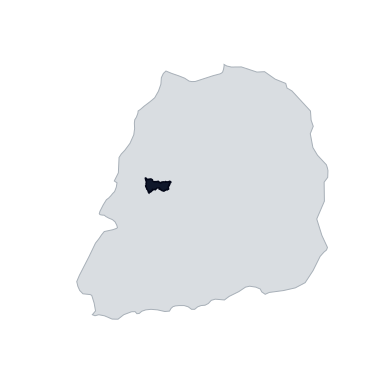 location of Ansina, Tacuarembó, Uruguay, rotated 252°
{"feature_id": "84410073B28214065612775", "entity_name": "Ansina", "entity_type": "district", "adm_level": 2, "iso_a3": "URY", "parent_name": "Uruguay", "parent_adm1": "Tacuarembó", "projection": "natural_earth1", "projection_center": [-55.347, -31.995], "detail": "fine", "context": "in_parent", "style": "filled", "palette": "ink", "viewbox_px": 384, "rotation_deg": 252, "n_neighbors": 0, "source": "geoboundaries", "source_scale": "gbopen_adm2", "svg_char_len": 4722}
<svg xmlns="http://www.w3.org/2000/svg" viewBox="0 0 384 384"><g transform="rotate(252 192 192)"><path d="M303.4,261.9L301.1,264.0L298.7,268.0L295.7,277.6L286.0,290.8L284.0,298.2L273.6,306.0L266.3,314.7L261.5,314.5L257.2,318.3L232.4,329.7L223.6,327.5L217.0,327.6L210.9,322.5L196.9,320.7L188.2,322.7L176.4,328.2L172.9,328.2L170.3,327.9L164.0,325.6L160.5,320.7L142.4,315.1L127.8,302.3L110.6,302.1L97.4,303.7L95.3,302.0L94.0,298.8L91.2,294.0L79.8,282.8L70.8,271.6L68.9,260.6L70.0,248.6L72.6,234.4L72.1,230.0L75.4,227.5L78.7,226.9L81.8,223.3L84.6,217.7L85.0,213.5L82.8,205.8L81.2,194.9L79.3,189.5L82.9,181.0L83.0,176.8L80.9,173.1L80.3,169.4L81.2,165.5L81.0,161.8L79.6,158.3L80.6,155.3L83.9,153.0L86.4,149.5L88.0,144.6L88.8,141.0L88.8,138.4L87.8,136.1L85.7,133.8L86.7,129.3L90.6,122.7L93.1,116.7L94.2,111.5L94.1,107.4L92.8,104.2L93.3,102.0L95.8,100.9L96.8,97.5L96.4,89.2L93.9,82.3L95.8,76.8L101.3,70.5L104.1,65.4L104.3,61.5L106.1,59.3L108.7,63.5L116.6,64.6L124.5,64.7L125.8,63.7L128.9,56.8L133.0,54.8L137.5,54.3L142.4,54.7L147.6,59.2L162.4,74.1L173.2,84.4L176.5,89.3L179.3,92.9L181.5,96.3L180.6,105.1L180.7,109.0L181.2,110.1L183.7,110.2L187.4,109.6L190.4,107.7L192.8,104.9L195.2,102.6L197.1,101.3L197.8,99.4L198.9,97.5L200.0,97.1L202.1,98.5L207.2,103.6L211.1,108.2L212.0,110.9L213.5,113.7L215.1,116.1L216.3,118.5L220.0,121.5L223.9,123.5L226.5,121.5L233.0,127.9L247.4,133.3L250.0,136.5L252.5,141.1L257.5,148.1L264.4,154.3L270.0,157.0L275.4,158.5L278.4,159.9L280.4,162.3L283.7,164.9L285.7,165.8L286.4,168.2L288.5,173.2L290.7,179.6L293.1,185.6L298.3,191.3L304.1,195.7L310.2,198.2L313.6,201.4L315.1,204.6L311.0,209.4L306.5,215.4L302.5,220.2L298.4,223.5L297.1,225.8L296.1,229.3L296.1,248.1L295.7,255.1L296.0,256.9L296.6,258.2L299.1,260.0L302.2,261.6L303.4,261.9Z" fill="#d9dde1" stroke="#a8b0b8" stroke-width="1"/><path d="M204.6,150.6L205.0,150.8L205.4,151.0L205.5,151.3L205.5,151.5L205.4,151.7L205.0,151.8L204.8,151.9L204.8,152.2L204.8,152.5L205.0,152.6L205.4,152.6L205.4,152.8L205.0,153.1L205.1,153.5L205.5,154.0L205.7,154.7L205.9,154.8L206.1,155.0L206.4,154.9L206.6,155.0L206.5,155.4L206.6,155.5L206.4,155.7L206.1,155.8L206.0,156.0L206.1,157.0L205.8,157.3L205.5,157.8L205.8,158.1L206.1,158.3L206.0,159.0L206.3,159.2L206.6,159.9L206.6,160.4L206.4,160.8L206.1,161.3L206.1,161.8L206.1,162.2L206.0,162.3L205.5,162.5L205.0,162.6L204.8,162.6L204.8,162.4L204.8,162.2L204.7,162.0L204.4,162.4L204.3,162.7L204.2,162.8L203.9,162.9L203.9,163.2L203.5,163.3L203.3,163.6L202.8,163.7L202.5,164.3L201.9,164.8L201.5,165.6L201.6,166.0L201.9,166.3L202.1,166.7L201.8,167.0L201.8,167.3L201.9,167.6L202.0,168.0L202.3,168.5L201.9,168.8L201.7,169.0L201.7,169.3L202.0,169.6L201.9,170.2L202.0,170.5L202.3,170.4L202.5,170.6L202.8,170.9L203.3,170.9L203.8,170.8L204.2,171.0L204.6,171.1L204.6,171.5L204.9,171.5L205.2,171.7L205.2,172.2L205.3,172.4L205.6,172.4L205.9,172.4L206.1,172.4L206.3,172.6L206.3,172.9L206.1,173.1L206.3,173.3L206.6,173.3L207.0,173.4L207.3,173.6L207.3,174.3L207.6,174.7L207.8,174.9L208.2,174.9L208.4,174.9L208.5,174.8L208.6,174.5L208.9,174.3L209.1,174.1L209.1,173.7L208.8,173.5L208.7,173.3L208.8,173.1L209.0,172.9L208.9,172.6L209.0,172.4L209.1,172.2L209.0,171.8L209.1,171.7L209.3,171.5L209.5,171.3L209.5,171.0L209.3,170.9L209.3,170.5L209.3,170.3L210.0,170.1L209.9,169.8L210.0,169.3L210.1,169.0L210.0,168.8L210.2,168.2L210.4,168.0L210.6,167.8L210.6,167.5L210.5,167.0L210.4,166.7L210.8,166.5L210.7,166.3L210.3,165.6L210.3,165.1L210.4,164.7L210.6,164.7L210.8,164.6L211.1,164.5L211.1,164.4L211.2,164.2L211.4,164.0L211.3,163.6L211.8,163.6L212.3,163.4L212.7,163.1L212.7,162.7L212.6,162.4L212.6,162.1L212.5,161.8L212.8,161.7L212.9,161.2L213.1,160.7L213.1,160.3L213.0,160.1L213.0,159.9L213.4,159.8L213.5,159.3L213.6,158.7L214.4,158.1L214.9,157.9L215.2,158.0L215.8,158.1L216.2,157.7L216.7,157.5L216.9,157.1L217.2,156.7L217.3,156.0L217.2,155.5L217.3,155.4L217.5,155.2L217.4,155.0L217.3,154.8L217.3,154.6L217.5,154.5L217.6,154.3L217.5,154.1L217.6,153.9L217.8,153.7L217.8,153.2L218.2,153.0L218.7,152.9L219.6,152.4L219.5,152.2L219.5,151.9L219.4,151.9L219.2,151.8L218.9,151.8L218.7,151.8L218.4,151.8L218.2,151.7L217.9,151.7L217.7,151.7L217.4,151.7L217.2,151.7L216.9,151.7L216.9,151.8L216.7,151.8L216.4,151.8L216.2,151.8L215.9,151.8L215.7,151.7L215.4,151.6L215.2,151.5L215.1,151.4L214.9,151.3L214.7,151.2L214.4,151.1L214.2,150.9L213.9,150.9L213.7,150.8L213.4,150.8L213.3,150.7L213.2,150.7L212.9,150.6L212.7,150.5L212.6,150.4L212.5,150.2L212.2,149.8L211.9,149.8L211.7,149.8L211.4,149.8L211.2,149.7L211.0,149.8L210.9,149.9L210.7,149.9L210.4,150.0L208.7,149.9L208.6,150.1L208.0,150.3L207.6,150.4L207.2,150.5L206.8,150.6L206.5,150.5L206.2,150.5L205.7,150.5L204.8,150.5L204.9,150.4L204.6,150.6Z" fill="#0f172a" stroke="#020617" stroke-width="1.5"/></g></svg>